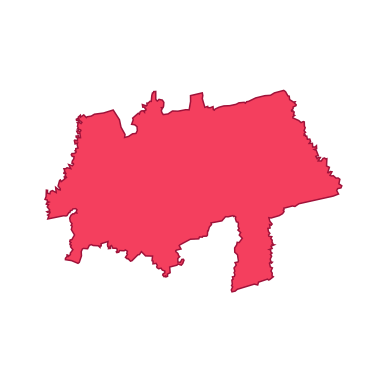 the district of Kota Depok, Jawa Barat, Indonesia, rotated 165°
{"feature_id": "22746128B73481124779947", "entity_name": "Kota Depok", "entity_type": "district", "adm_level": 2, "iso_a3": "IDN", "parent_name": "Indonesia", "parent_adm1": "Jawa Barat", "projection": "orthographic", "projection_center": [106.827, -6.388], "detail": "fine", "context": "isolated", "style": "filled", "palette": "rose", "viewbox_px": 384, "rotation_deg": 165, "n_neighbors": 0, "source": "geoboundaries", "source_scale": "gbopen_adm2", "svg_char_len": 6067}
<svg xmlns="http://www.w3.org/2000/svg" viewBox="0 0 384 384"><g transform="rotate(165 192 192)"><path d="M338.3,203.3L322.2,202.3L319.9,201.5L318.8,201.6L316.3,204.0L315.3,203.8L314.2,205.5L312.8,205.3L311.4,206.5L308.6,206.0L307.7,204.5L308.8,203.2L308.7,201.6L310.0,202.3L311.6,201.4L312.8,201.8L315.0,200.8L316.9,198.4L317.2,195.1L316.1,192.5L317.5,191.0L316.6,190.0L318.3,187.0L316.6,180.9L320.4,177.1L322.1,177.2L322.9,175.8L322.0,174.6L323.0,174.1L323.5,172.7L322.4,171.8L323.5,170.5L322.0,167.1L325.3,164.5L325.7,163.0L328.2,161.8L328.3,163.3L329.0,163.6L329.3,162.2L331.4,160.7L331.8,159.4L326.1,156.9L320.6,152.6L319.1,153.2L315.3,158.9L314.4,163.1L312.7,165.3L311.5,165.6L307.5,164.2L304.9,167.1L302.8,167.2L301.3,165.9L296.4,164.3L295.2,162.3L294.6,163.7L293.6,163.5L293.2,165.6L286.0,165.9L287.3,162.9L287.5,161.0L286.7,160.0L287.3,158.9L285.3,158.6L285.1,160.7L283.6,161.1L283.0,158.2L279.7,157.2L279.1,156.1L279.7,154.1L280.6,153.8L280.3,152.9L278.3,152.8L277.1,154.2L272.8,152.8L271.4,153.3L269.7,151.5L270.9,149.6L270.5,148.4L273.2,146.1L271.9,144.2L271.1,144.3L269.3,141.1L267.7,141.2L260.6,145.3L259.0,145.2L256.3,147.5L253.4,142.3L246.7,140.3L248.4,136.0L247.5,135.3L248.3,132.7L245.1,132.3L244.5,130.1L245.5,128.9L245.3,127.9L244.1,126.5L241.6,126.4L240.9,124.3L238.7,122.7L239.2,120.9L241.0,120.5L241.8,119.4L240.9,117.4L239.3,117.7L239.2,116.7L237.4,116.9L237.0,119.0L234.0,119.7L233.0,125.3L225.5,125.2L224.2,126.1L221.3,124.1L219.5,125.3L217.4,128.2L217.8,129.3L219.3,129.5L221.4,127.1L223.8,128.0L222.9,131.5L220.6,132.7L221.4,133.9L221.5,136.2L223.1,138.7L222.9,139.6L221.8,139.9L217.4,139.8L218.3,143.5L217.4,144.1L205.8,146.8L197.6,145.0L196.4,146.6L193.6,145.7L193.0,146.4L189.3,145.6L188.3,146.3L187.0,150.3L186.4,150.2L184.3,153.7L181.6,155.5L181.6,157.2L170.6,156.4L166.0,159.5L163.6,158.7L158.6,158.6L158.1,157.5L157.3,157.7L156.2,156.5L157.0,155.0L156.8,151.7L155.5,151.0L155.3,149.6L156.4,146.7L155.9,144.5L157.5,143.4L155.5,140.2L157.5,138.2L155.4,134.3L159.5,131.0L161.4,131.7L162.5,129.4L165.3,126.9L166.3,122.8L164.3,119.6L165.0,113.5L165.7,112.5L168.7,112.7L168.2,109.9L171.1,107.7L171.1,104.4L172.2,103.3L172.0,101.0L172.9,99.5L174.9,99.6L174.9,97.2L176.3,96.6L176.9,92.5L178.0,91.4L177.3,89.8L179.4,87.2L179.2,85.2L175.9,85.1L173.4,86.3L155.7,86.9L152.6,85.2L151.1,87.7L141.6,88.3L140.9,87.2L139.8,87.2L135.4,89.1L136.4,90.3L135.5,92.9L136.2,95.2L134.0,97.9L135.7,99.3L135.6,103.2L134.9,103.7L133.7,102.7L132.6,103.4L133.8,104.0L133.8,107.0L131.7,109.4L132.4,111.4L130.5,112.3L131.4,113.6L131.1,115.8L132.1,116.4L129.2,116.7L129.7,119.2L126.3,119.7L128.1,120.6L127.2,121.4L127.7,122.8L127.0,124.8L128.0,126.5L126.5,128.2L129.1,129.3L129.2,130.7L127.5,131.9L128.4,134.0L128.1,137.2L125.9,137.0L125.5,140.4L124.1,139.4L122.9,140.3L124.4,143.6L124.4,147.3L122.3,146.4L113.9,146.6L110.2,147.6L108.2,149.2L108.5,150.8L107.7,151.1L107.5,152.6L98.6,152.5L96.3,151.4L91.8,153.0L56.6,151.5L51.0,152.1L51.9,156.0L50.3,157.6L47.1,157.4L45.7,159.2L48.0,161.9L45.9,166.0L47.2,167.7L49.3,168.1L51.3,171.2L52.9,171.3L54.4,172.3L51.6,175.3L53.1,176.0L55.0,175.2L55.9,175.6L52.9,180.3L55.3,182.3L53.1,189.3L54.1,189.3L55.3,190.6L56.8,190.5L59.1,188.5L62.1,189.4L59.1,192.1L60.9,192.8L62.5,191.8L63.2,194.4L60.6,194.6L61.2,200.0L62.9,201.4L60.4,201.6L59.8,204.5L61.5,203.6L63.8,204.3L63.1,207.8L66.3,208.6L64.4,210.2L64.5,212.6L66.9,213.1L66.7,216.3L67.9,216.5L67.9,217.8L69.0,217.8L68.4,219.5L66.9,220.2L67.9,222.2L66.0,224.8L66.4,226.4L65.4,230.6L66.2,231.2L68.7,230.8L70.3,233.3L75.4,237.5L75.0,238.7L73.0,239.4L73.9,240.3L72.6,242.8L73.6,243.4L73.5,244.3L74.8,244.4L74.7,245.2L72.8,246.3L72.3,247.9L69.2,248.5L68.8,249.3L70.0,251.4L69.0,252.4L70.8,252.7L73.8,256.0L73.3,259.4L74.5,260.0L75.7,264.7L77.1,266.4L86.7,266.4L91.2,265.1L96.7,266.2L106.1,266.4L113.9,264.9L115.8,265.1L117.5,264.0L118.3,265.1L123.6,266.0L126.7,265.3L133.1,265.6L139.0,266.9L143.9,266.9L148.4,266.1L149.2,265.3L150.1,266.1L149.6,269.0L152.7,268.7L154.7,269.4L154.7,270.6L157.7,270.4L157.9,279.5L156.6,282.4L156.4,285.1L168.5,285.5L169.9,279.9L173.5,272.1L176.7,273.1L184.7,273.7L189.9,275.3L194.9,273.6L199.7,274.2L200.6,276.7L200.5,278.7L199.2,280.2L199.6,281.3L198.1,281.0L197.2,282.3L196.0,285.9L196.9,288.5L199.9,290.0L201.9,288.8L202.4,289.4L203.0,290.9L201.0,298.5L203.0,298.9L203.5,297.9L204.5,297.9L205.8,295.7L207.9,290.1L209.0,290.5L211.3,289.3L212.6,289.5L212.9,287.5L213.7,287.0L217.3,289.3L217.6,286.7L215.6,286.1L215.8,284.8L215.0,284.0L215.4,283.0L216.8,282.8L217.2,281.4L218.1,283.1L219.9,283.4L221.4,282.8L222.6,280.9L223.5,282.0L230.2,278.7L230.1,276.9L232.8,273.0L230.0,271.8L228.2,269.4L228.9,265.5L231.0,263.1L234.4,263.6L238.9,262.1L243.0,262.1L241.8,264.9L243.8,273.0L243.4,280.6L246.9,291.6L257.0,291.2L266.1,292.4L269.7,291.4L273.8,291.8L274.8,291.2L276.6,294.5L280.3,293.2L280.0,295.0L282.5,293.7L282.4,291.5L283.7,292.5L284.9,292.2L285.0,291.0L281.3,289.4L280.3,287.7L281.5,286.8L283.3,288.9L284.9,288.6L284.3,287.7L285.7,284.9L285.2,283.3L286.4,282.5L283.5,280.9L283.4,280.0L284.8,279.0L286.1,280.8L287.6,280.6L287.0,277.6L285.1,277.7L285.6,273.3L287.2,273.7L287.1,275.7L289.5,276.0L289.7,274.9L288.6,274.0L289.4,271.1L291.7,272.5L292.3,272.2L292.5,268.7L289.9,268.9L290.7,267.3L290.7,264.0L293.0,264.0L293.4,262.6L294.3,262.1L293.5,261.1L293.9,260.2L295.7,259.7L298.0,260.2L299.0,259.2L298.5,257.4L296.8,256.7L297.6,254.6L299.6,252.9L300.5,250.9L299.2,250.3L299.2,249.5L300.7,248.3L304.0,250.4L303.1,246.0L306.5,247.8L307.8,247.2L309.7,247.6L309.4,244.1L310.5,244.1L310.9,243.2L309.1,242.5L310.2,241.0L309.5,238.5L310.4,238.2L310.6,239.5L311.4,239.7L311.6,237.5L315.7,235.9L316.0,237.7L316.9,237.4L319.8,232.5L318.4,229.2L318.7,228.1L320.3,228.9L322.5,231.8L323.3,226.6L326.5,229.5L328.6,229.1L329.7,227.1L332.0,228.3L331.1,231.0L332.2,231.5L334.1,225.4L335.9,222.9L333.9,221.7L334.2,220.3L332.8,219.3L335.3,218.9L335.9,217.9L333.9,216.9L335.7,215.1L334.1,211.5L334.8,210.6L337.3,210.5L336.6,209.6L334.9,209.9L334.3,209.3L335.4,207.9L337.4,207.1L336.5,205.9L338.3,203.3Z" fill="#f43f5e" stroke="#9f1239" stroke-width="1.5"/></g></svg>